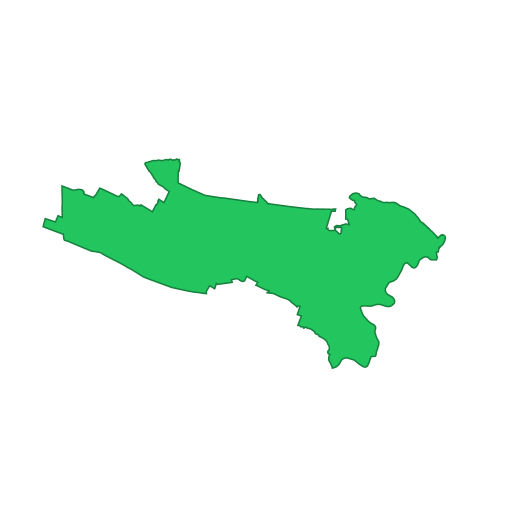 Darabani, Botosani, Romania (Albers equal-area conic projection), rotated 154°
{"feature_id": "2599482B62501591504482", "entity_name": "Darabani", "entity_type": "district", "adm_level": 2, "iso_a3": "ROU", "parent_name": "Romania", "parent_adm1": "Botosani", "projection": "albers", "projection_center": [26.601, 48.175], "detail": "fine", "context": "isolated", "style": "filled", "palette": "green", "viewbox_px": 512, "rotation_deg": 154, "n_neighbors": 0, "source": "geoboundaries", "source_scale": "gbopen_adm2", "svg_char_len": 6072}
<svg xmlns="http://www.w3.org/2000/svg" viewBox="0 0 512 512"><g transform="rotate(154 256 256)"><path d="M419.9,359.3L421.2,355.6L421.3,354.7L421.2,354.1L418.8,351.9L401.7,332.4L399.7,331.2L397.7,329.8L397.2,329.3L396.2,328.8L393.7,326.5L393.2,325.4L391.0,322.1L381.3,309.2L378.6,305.4L376.3,301.7L373.8,298.5L366.4,286.6L364.4,284.3L345.6,264.7L334.4,255.8L327.4,250.6L323.9,248.5L318.5,244.7L317.0,243.9L316.4,245.5L316.1,246.0L310.7,249.5L308.2,245.9L308.1,245.2L307.6,244.7L307.1,245.0L303.7,248.7L302.9,247.3L288.9,242.7L288.7,244.3L288.4,245.5L283.2,244.0L282.2,243.1L281.5,242.1L281.1,241.0L279.7,239.4L278.9,238.9L277.6,238.6L276.5,239.1L273.3,241.8L268.0,234.1L266.8,232.6L266.1,231.4L268.9,229.8L268.5,229.4L262.8,222.1L259.9,219.3L259.5,218.5L260.2,218.2L262.7,218.3L257.5,215.2L256.0,213.7L252.1,208.7L246.9,203.7L245.1,201.0L244.6,199.3L241.8,193.4L241.5,192.2L241.0,192.6L240.9,192.4L240.0,192.7L238.5,191.4L244.6,185.2L241.5,182.2L248.8,175.3L247.5,174.5L247.3,173.8L246.8,172.7L245.1,171.9L244.7,171.1L244.7,170.2L244.3,170.1L243.4,170.4L242.6,170.3L242.1,169.7L242.1,169.3L239.4,166.9L238.2,165.6L238.1,165.0L237.6,164.6L237.6,164.2L237.3,163.8L237.2,163.3L236.7,162.9L236.5,162.2L236.7,161.8L236.4,161.3L236.7,160.8L236.4,159.8L236.1,159.3L235.4,159.0L234.9,158.2L234.5,157.3L234.6,156.6L234.1,155.5L233.3,155.1L233.1,154.3L231.9,152.9L231.3,151.9L230.2,149.3L229.8,147.8L230.1,145.2L229.7,143.9L230.1,141.9L230.6,140.8L231.2,140.0L231.9,139.5L232.8,139.2L233.6,138.2L233.9,137.2L233.7,136.1L233.1,135.7L232.8,135.0L234.4,133.8L235.2,132.8L236.2,130.5L236.3,129.2L236.1,127.1L236.2,123.6L236.4,122.3L236.6,121.7L234.0,121.3L232.2,121.2L230.9,121.5L228.7,122.3L224.2,125.3L222.3,125.4L220.0,125.1L218.4,124.1L213.5,119.6L212.9,118.6L210.7,113.7L208.4,109.9L207.2,108.6L205.7,108.0L204.0,108.3L201.4,110.4L197.2,114.7L196.0,114.9L193.1,113.7L192.6,113.7L192.1,113.9L191.3,114.8L189.8,117.2L188.5,118.2L185.1,121.9L184.0,123.3L183.6,124.3L183.2,125.3L183.4,128.7L183.2,131.5L182.4,135.9L180.2,138.5L179.7,139.5L179.6,140.0L179.7,141.1L180.0,142.2L182.1,145.2L183.7,148.4L185.6,155.1L185.6,157.4L185.0,163.7L184.1,164.4L183.0,164.5L181.3,164.1L175.6,161.0L174.0,160.3L169.5,159.7L167.0,158.8L165.1,157.6L162.3,154.8L160.1,153.0L158.0,152.0L155.8,151.9L153.6,152.5L152.5,153.0L151.7,153.8L150.9,155.4L150.9,156.0L150.9,157.1L151.1,158.3L151.5,159.3L154.7,164.1L155.1,165.8L155.0,168.1L153.9,170.1L148.6,173.5L147.5,173.8L143.5,173.3L141.2,173.6L139.5,174.0L137.0,175.4L131.0,179.7L128.9,181.8L126.7,183.5L125.0,184.0L123.3,183.8L122.3,181.8L120.8,177.6L120.1,176.6L119.2,176.0L117.5,175.8L115.4,176.7L114.4,177.4L112.4,179.3L110.6,180.7L108.4,181.1L105.5,181.3L103.8,180.9L102.0,179.4L101.1,176.7L99.8,175.5L95.5,173.4L94.3,174.5L93.5,175.7L93.5,176.4L92.2,180.3L90.4,179.8L87.6,183.7L87.2,183.7L87.2,183.0L86.1,183.6L83.5,184.3L82.1,185.1L80.2,186.4L78.9,187.8L77.9,189.1L77.6,189.9L77.5,190.9L77.7,191.7L78.2,192.6L79.1,193.5L79.6,193.0L80.6,193.7L81.0,193.4L82.3,193.2L84.7,192.3L85.3,193.9L84.8,194.2L85.8,196.8L86.0,197.6L87.3,201.4L87.7,201.9L87.9,202.9L88.3,204.5L88.6,205.1L89.3,205.7L89.3,205.9L89.0,206.0L91.0,211.1L91.4,211.3L91.1,211.8L93.0,214.7L93.0,215.6L93.4,216.0L93.2,216.9L93.5,217.7L93.4,218.2L93.4,218.7L94.2,221.3L94.8,224.1L98.1,231.1L101.9,235.5L104.6,238.0L105.9,240.6L107.3,242.7L107.9,243.0L108.6,243.8L112.0,245.2L114.1,246.3L115.0,247.0L116.3,247.3L118.7,248.6L120.2,250.8L122.0,252.0L123.8,254.8L124.4,256.1L128.5,257.4L129.4,258.0L130.1,259.0L131.9,260.9L133.5,261.6L134.3,262.3L135.8,264.8L136.1,266.6L137.4,268.0L139.0,269.0L141.7,269.6L145.3,268.7L146.6,267.4L145.9,265.7L144.5,263.4L143.1,262.9L143.2,262.3L143.4,262.3L143.6,260.9L143.5,259.9L143.0,258.3L143.1,257.8L143.8,257.2L144.4,257.3L145.4,256.9L146.8,255.6L147.2,254.6L148.5,255.3L149.2,256.2L149.2,256.8L151.1,257.9L153.0,258.3L154.6,258.3L155.1,258.1L159.2,249.8L157.6,249.0L158.5,243.3L160.0,244.6L161.4,245.5L167.4,246.4L170.0,248.0L170.7,248.1L172.9,247.6L173.0,247.4L172.6,247.2L173.3,245.7L172.9,245.3L172.0,246.5L170.4,246.4L170.2,246.4L170.3,246.0L168.2,244.9L166.5,244.3L168.0,241.8L167.7,241.6L168.3,240.9L168.5,241.1L169.4,239.4L169.6,239.5L170.3,239.0L171.6,239.2L171.8,240.2L173.2,244.1L179.0,246.7L180.0,249.0L179.4,249.3L180.6,249.8L180.6,250.2L168.5,263.2L165.3,261.5L163.8,263.3L165.8,264.3L167.7,264.7L169.6,265.9L175.6,268.9L176.3,269.4L177.2,269.6L179.6,271.0L182.8,272.4L187.3,275.0L188.2,275.8L189.3,276.2L203.7,285.4L220.1,296.3L220.5,296.7L220.6,297.0L222.5,297.8L222.5,298.6L222.7,299.5L224.8,305.4L225.1,307.1L225.2,308.9L225.7,309.6L226.8,310.0L228.1,308.0L229.1,307.0L228.9,306.9L230.5,304.6L230.2,304.3L231.0,303.3L238.7,308.2L259.1,322.0L262.3,323.8L275.3,332.9L284.0,343.2L293.9,355.8L291.5,360.9L288.5,366.5L287.9,366.1L283.8,371.9L283.6,372.5L283.2,372.7L283.4,374.2L283.8,374.8L283.0,375.2L282.6,375.8L282.6,376.3L283.1,376.4L284.4,377.4L284.8,378.0L286.5,377.7L288.1,378.6L288.8,378.4L289.1,378.6L289.6,379.7L290.7,380.7L291.9,380.9L292.8,380.6L293.9,381.9L298.7,382.9L301.5,384.9L304.5,385.7L306.3,386.8L307.4,387.1L309.2,387.2L313.8,388.1L314.6,388.2L315.2,387.8L315.5,387.4L315.5,386.6L315.5,385.7L315.2,383.7L315.2,381.4L314.9,380.8L314.8,379.1L314.9,378.8L314.3,378.4L313.6,371.9L313.6,370.5L312.9,368.6L313.1,367.4L312.9,366.9L313.1,366.4L312.8,366.2L312.4,364.7L312.3,363.4L311.0,361.4L310.2,360.6L309.2,359.0L308.7,357.6L308.3,356.7L308.2,356.1L305.8,352.0L315.3,344.3L318.4,349.6L320.2,348.3L319.8,347.7L320.8,346.9L322.5,345.7L322.7,345.9L323.1,345.6L323.4,345.9L329.8,341.2L336.9,352.4L338.5,351.7L338.8,352.7L339.8,353.5L343.9,355.0L344.6,357.1L344.6,358.2L346.1,361.6L346.2,362.4L346.0,362.7L346.5,364.5L347.4,366.0L348.3,368.2L349.7,370.8L352.9,369.4L354.5,370.5L364.1,382.6L366.6,385.5L374.0,380.6L375.0,380.7L376.4,379.7L383.7,387.5L382.6,388.6L382.5,389.3L382.9,390.9L383.6,392.0L386.2,393.7L391.3,395.1L399.7,404.0L406.7,388.9L409.1,384.5L413.2,375.6L416.3,379.0L421.3,374.5L429.0,382.0L434.5,375.7L430.1,370.9L419.9,360.2L419.7,359.9L419.9,359.3Z" fill="#22c55e" stroke="#15803d" stroke-width="1.5"/></g></svg>